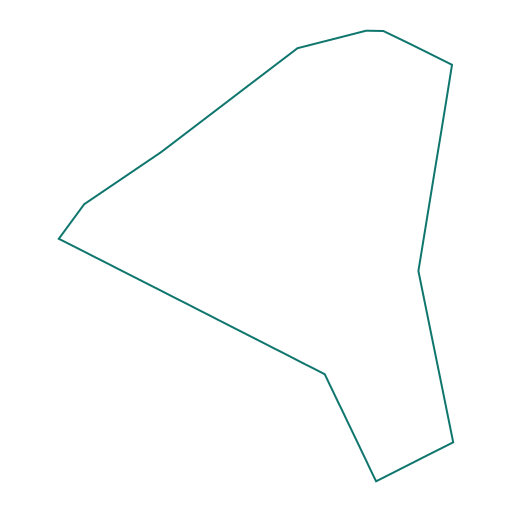 outline of Vlieland, Netherlands
{"feature_id": "6326949B88716903522268", "entity_name": "Vlieland", "entity_type": "district", "adm_level": 2, "iso_a3": "NLD", "parent_name": "Netherlands", "parent_adm1": "", "projection": "mercator", "projection_center": [5.012, 53.205], "detail": "fine", "context": "isolated", "style": "outline", "palette": "teal", "viewbox_px": 512, "rotation_deg": 0, "n_neighbors": 0, "source": "geoboundaries", "source_scale": "gbopen_adm2", "svg_char_len": 941}
<svg xmlns="http://www.w3.org/2000/svg" viewBox="0 0 512 512"><path d="M435.2,168.0L441.4,130.6L446.5,99.2L452.0,64.8L418.5,48.1L409.6,43.7L383.3,31.0L366.1,30.7L297.5,48.2L248.2,85.7L161.0,152.2L84.2,204.2L58.8,238.8L64.8,241.8L72.5,245.7L80.6,249.8L92.7,256.0L105.2,262.3L116.9,268.3L125.4,272.6L128.9,274.4L141.7,280.9L151.7,286.0L153.3,286.8L158.7,289.5L165.3,292.9L172.7,296.7L180.2,300.5L187.4,304.1L195.5,308.3L202.2,311.7L210.5,315.9L217.6,319.6L226.1,323.9L234.1,328.0L243.0,332.5L249.6,335.9L257.5,339.9L264.4,343.4L273.3,348.0L281.3,352.0L289.3,356.1L297.2,360.2L304.4,363.9L314.4,368.9L324.8,374.3L329.7,384.6L333.9,393.3L338.6,403.2L339.4,404.8L341.0,408.0L343.4,413.0L347.7,422.1L348.7,424.1L353.0,433.1L358.0,443.5L362.0,451.9L365.8,459.8L366.0,460.2L369.8,468.3L373.6,476.2L376.1,481.3L419.1,459.5L423.2,457.4L453.2,442.3L440.3,378.6L429.5,325.6L418.4,271.0L435.2,168.0Z" fill="none" stroke="#0f766e" stroke-width="2"/></svg>